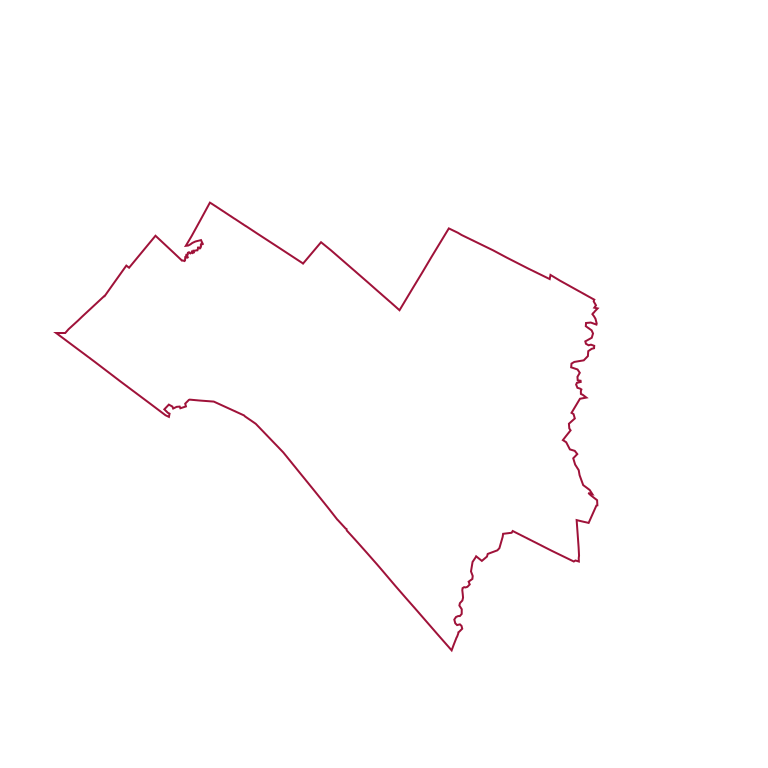 Ungheni, Arges, Romania, rotated 49°
{"feature_id": "2599482B46615052617828", "entity_name": "Ungheni", "entity_type": "district", "adm_level": 2, "iso_a3": "ROU", "parent_name": "Romania", "parent_adm1": "Arges", "projection": "equal_earth", "projection_center": [24.938, 44.514], "detail": "fine", "context": "isolated", "style": "outline", "palette": "rose", "viewbox_px": 768, "rotation_deg": 49, "n_neighbors": 0, "source": "geoboundaries", "source_scale": "gbopen_adm2", "svg_char_len": 3369}
<svg xmlns="http://www.w3.org/2000/svg" viewBox="0 0 768 768"><g transform="rotate(49 384 384)"><path d="M629.4,507.7L626.6,502.6L622.9,495.5L622.7,494.7L621.0,491.6L620.2,490.8L620.3,489.7L620.0,485.5L617.4,484.2L615.2,484.4L613.9,487.0L611.4,487.2L607.9,485.5L607.1,482.5L607.8,480.3L608.9,479.0L608.5,476.2L605.0,473.1L600.7,472.5L599.2,470.5L598.8,466.9L597.1,464.5L594.2,462.4L591.0,460.2L589.6,458.6L589.9,456.8L591.0,456.0L591.8,454.1L591.5,450.8L588.7,449.8L589.1,445.2L587.1,443.0L582.5,441.3L576.4,433.9L575.0,428.8L574.5,427.5L581.7,426.2L581.8,419.5L580.3,417.2L583.9,407.6L583.9,407.4L583.6,404.6L577.2,394.7L575.2,392.4L580.0,385.3L579.4,383.3L620.0,366.8L642.5,357.2L642.8,355.3L645.8,353.4L643.2,351.3L641.5,349.4L634.7,344.1L613.1,327.9L617.2,325.0L623.1,320.7L615.1,303.5L615.6,302.6L611.5,299.4L603.9,300.9L600.3,301.3L603.8,299.0L598.9,298.3L591.0,300.0L581.1,296.2L576.8,293.6L570.2,292.6L564.2,289.9L563.7,284.1L559.6,283.9L555.3,286.6L547.5,284.7L543.7,285.8L542.6,280.2L541.4,273.6L539.1,273.3L535.3,270.5L535.2,262.6L531.1,260.7L528.8,261.4L523.7,245.8L527.0,240.2L522.6,241.1L520.7,241.9L518.5,240.1L517.6,238.6L516.0,239.1L513.8,240.5L510.5,239.4L509.7,237.7L511.5,234.2L510.5,233.5L508.3,235.4L505.5,233.3L504.0,228.9L500.0,228.4L494.2,231.8L491.6,229.1L492.2,225.9L494.7,221.8L497.2,217.7L496.7,211.8L493.2,208.3L493.7,204.2L494.8,202.0L493.1,200.3L490.1,202.0L489.0,204.2L486.1,205.2L483.9,204.1L485.4,196.9L483.0,193.1L479.7,192.1L472.8,193.8L470.5,191.5L473.3,187.6L478.5,184.7L477.9,183.8L473.5,181.6L470.7,181.1L468.0,180.9L467.7,179.6L467.8,178.8L467.5,177.5L467.1,173.2L464.4,175.2L463.7,172.4L459.3,171.6L458.4,170.4L458.3,170.0L421.4,183.4L410.9,186.8L413.5,190.1L391.8,199.3L369.0,208.5L354.6,214.0L322.4,227.7L318.4,229.0L317.7,229.3L309.1,233.0L319.2,264.6L325.1,282.4L330.5,299.3L338.5,323.9L331.3,324.8L308.7,327.9L296.7,329.5L269.0,333.4L248.4,336.3L235.7,338.5L240.0,366.1L239.3,366.2L212.4,373.8L187.2,381.0L173.9,384.7L173.9,384.8L161.6,388.2L161.1,388.4L134.7,395.8L132.9,396.4L140.1,415.7L146.2,432.3L149.7,442.9L151.1,440.8L151.6,438.5L151.8,436.1L152.7,432.9L155.3,427.7L159.5,428.9L159.5,429.2L159.1,429.7L158.6,429.6L158.3,429.8L158.8,431.0L159.9,431.6L160.5,432.5L160.2,433.3L161.2,433.8L161.8,433.9L159.6,434.1L159.0,434.9L160.1,436.0L160.7,437.1L159.9,438.0L159.8,438.6L158.5,440.2L160.0,441.1L159.6,442.4L158.5,441.8L158.0,441.9L158.5,443.6L158.4,444.5L157.1,444.9L156.6,444.8L156.3,445.9L157.0,446.8L157.6,447.2L157.8,448.1L157.6,448.2L157.1,448.0L156.8,448.4L157.5,449.3L158.9,449.1L159.6,448.9L159.7,449.4L159.3,449.9L158.4,450.3L157.9,450.8L160.2,453.1L160.3,453.9L158.6,454.9L158.4,455.5L147.1,456.6L122.2,459.2L129.0,500.1L125.6,500.8L131.4,524.9L134.4,537.2L134.1,537.3L135.1,567.5L135.4,573.2L135.7,586.2L136.4,591.1L130.4,598.0L177.3,587.8L209.3,581.2L245.8,573.3L264.2,569.4L267.7,567.9L265.7,565.3L264.0,566.0L259.0,566.4L258.4,559.9L262.2,558.5L264.2,559.2L265.2,555.5L267.0,553.0L268.7,553.6L271.0,548.2L268.4,546.9L268.0,541.7L268.3,540.9L275.3,534.2L285.6,524.0L316.0,510.2L317.1,510.2L329.9,506.9L369.5,504.9L395.4,505.8L419.5,506.6L440.4,507.4L455.7,508.2L456.3,508.1L467.9,507.8L468.8,507.4L470.1,508.2L483.4,507.9L499.6,507.7L516.1,507.6L527.8,507.7L543.5,507.9L547.4,507.9L559.3,507.9L574.7,507.8L590.2,507.8L608.9,507.8L629.4,507.7Z" fill="none" stroke="#9f1239" stroke-width="2"/></g></svg>